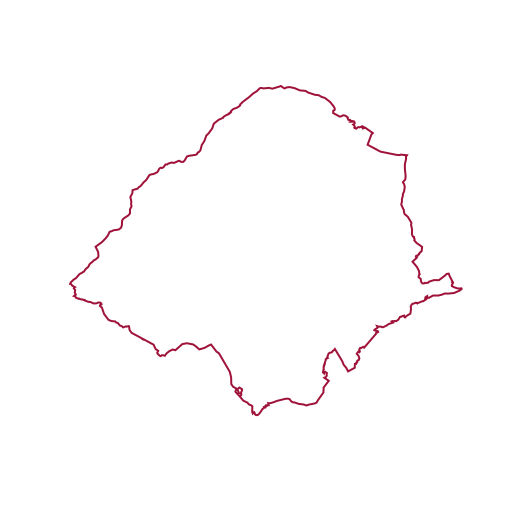 Calvini, Buzau, Romania, rotated 252°
{"feature_id": "2599482B35785956120481", "entity_name": "Calvini", "entity_type": "district", "adm_level": 2, "iso_a3": "ROU", "parent_name": "Romania", "parent_adm1": "Buzau", "projection": "albers", "projection_center": [26.287, 45.248], "detail": "fine", "context": "isolated", "style": "outline", "palette": "rose", "viewbox_px": 512, "rotation_deg": 252, "n_neighbors": 0, "source": "geoboundaries", "source_scale": "gbopen_adm2", "svg_char_len": 6113}
<svg xmlns="http://www.w3.org/2000/svg" viewBox="0 0 512 512"><g transform="rotate(252 256 256)"><path d="M305.2,430.7L307.6,425.2L307.6,423.8L308.7,421.0L316.8,406.6L327.3,396.5L336.1,403.5L336.8,405.1L344.3,399.5L344.3,398.3L345.1,398.5L346.3,397.4L345.2,396.8L346.4,396.4L346.4,394.0L347.0,393.2L346.8,392.1L346.1,390.8L347.3,389.2L347.8,389.2L348.1,389.9L349.4,389.9L351.0,389.0L351.3,390.3L351.8,390.9L353.4,391.0L354.3,388.0L354.7,389.1L355.9,386.9L356.5,387.2L357.0,385.9L358.8,385.7L359.5,386.1L361.8,384.4L362.9,382.5L362.5,380.2L362.7,378.7L368.1,373.6L370.3,374.3L370.6,375.9L370.9,376.1L372.1,376.5L374.3,376.1L379.5,374.1L385.0,370.4L387.2,367.4L389.6,365.3L391.0,362.0L395.5,355.9L397.7,354.2L399.9,349.0L403.7,344.6L406.3,340.1L406.9,336.9L406.5,335.4L406.9,334.5L410.0,332.2L409.9,330.1L410.1,323.2L411.9,320.3L413.1,314.8L414.0,313.5L414.4,312.2L414.2,311.0L412.6,308.0L411.3,303.1L409.3,298.7L406.6,290.9L405.0,287.7L404.1,287.4L403.4,285.7L402.9,283.5L402.8,279.8L401.4,276.7L400.6,276.8L400.0,275.7L399.6,274.5L400.0,274.4L399.8,273.8L399.1,272.8L399.3,271.8L398.4,268.1L397.6,267.4L397.1,262.6L394.9,256.8L390.9,253.8L387.2,248.7L385.9,246.0L381.2,242.3L378.3,238.7L373.7,235.8L372.6,234.0L372.4,232.5L371.1,231.4L370.9,229.5L372.0,223.3L372.0,221.1L368.7,217.4L368.0,215.8L368.8,213.6L370.1,212.7L370.4,211.9L369.9,207.4L370.1,206.1L370.6,205.6L371.0,204.3L371.0,201.2L370.5,199.8L371.0,198.2L369.1,195.6L368.7,193.8L369.4,192.7L369.3,192.0L368.6,190.5L367.1,189.3L366.1,187.6L365.6,183.6L365.9,182.8L366.0,179.8L362.1,174.9L360.9,172.1L358.2,167.9L357.7,165.8L356.7,164.4L356.8,159.0L353.9,157.8L350.9,154.7L346.5,154.3L343.7,153.2L341.7,153.0L339.2,150.5L335.4,149.3L334.1,147.2L332.6,141.7L331.8,140.4L330.8,139.5L326.6,137.9L324.6,136.4L323.6,133.7L324.5,128.3L324.1,126.2L324.4,125.1L324.2,124.2L321.2,121.4L319.0,118.0L316.8,113.7L314.4,106.3L308.7,107.1L305.1,106.3L303.7,105.6L302.3,102.5L302.0,100.5L300.6,97.8L300.4,96.7L299.4,94.9L297.6,93.3L296.1,89.8L294.3,87.5L294.3,86.6L293.8,85.5L293.4,82.7L290.5,77.8L289.9,75.3L288.1,71.6L286.9,70.6L286.3,71.5L284.5,72.1L282.4,74.1L282.3,73.5L281.5,72.7L279.6,73.5L277.1,72.3L275.0,72.7L274.5,72.0L274.6,71.5L274.2,70.6L273.6,71.6L272.2,71.7L270.0,74.2L270.1,74.6L268.4,76.8L268.3,77.7L267.5,78.5L267.2,79.4L266.7,79.3L264.4,82.1L263.3,84.5L261.2,86.6L260.3,89.5L260.5,91.5L260.3,92.4L259.9,93.3L258.7,94.2L257.7,94.1L257.8,92.9L256.8,92.1L254.5,93.5L247.8,93.6L241.1,95.9L239.8,97.1L238.6,98.9L237.3,101.8L235.9,102.5L235.0,103.9L231.9,105.1L230.7,106.7L229.1,107.6L229.3,110.5L228.8,111.1L228.7,113.2L228.4,113.5L224.7,112.9L221.4,113.9L212.4,122.5L212.1,122.3L211.5,122.8L211.1,123.4L211.2,123.7L203.3,131.2L198.5,131.8L196.0,133.7L194.6,132.2L193.6,132.1L190.6,133.8L190.2,134.5L190.7,135.5L190.4,136.9L189.3,138.4L191.1,141.0L192.3,144.2L192.8,147.9L191.3,150.2L195.0,158.7L194.4,163.3L191.3,168.9L189.0,170.7L184.7,173.2L184.5,178.6L185.5,183.6L185.7,185.9L177.2,188.9L175.0,190.7L153.9,195.3L148.1,194.8L141.8,192.9L138.8,193.8L136.2,196.1L135.3,196.1L133.5,194.5L132.9,194.6L130.4,195.8L130.5,197.0L131.4,197.4L135.2,197.1L136.0,199.6L133.5,201.6L132.3,201.0L130.1,199.0L129.5,199.4L128.2,198.9L127.9,198.1L128.3,196.8L122.4,199.2L119.1,202.6L117.0,203.4L115.5,205.3L114.2,206.1L109.0,204.2L107.2,204.3L108.2,205.9L107.9,206.1L105.7,206.2L104.7,206.8L104.2,208.5L105.4,211.0L108.5,214.9L108.8,216.1L109.8,216.7L109.0,218.0L109.3,218.4L110.2,218.4L110.1,219.2L110.9,219.5L110.7,220.1L110.3,219.6L110.0,219.9L110.4,221.0L110.2,222.0L112.3,222.1L111.8,223.1L111.5,226.0L111.7,231.5L111.1,239.7L110.5,242.2L109.5,243.7L107.1,244.5L105.6,245.6L104.7,247.6L102.3,250.7L100.0,255.5L98.3,257.7L98.3,260.6L97.6,266.3L97.8,268.2L100.0,270.7L105.3,277.9L110.0,279.7L114.8,286.6L119.1,283.4L119.3,284.8L120.2,286.3L121.9,286.6L122.7,287.3L124.7,285.8L124.8,285.0L123.4,284.4L124.6,283.7L126.9,285.0L127.3,285.5L128.7,285.6L131.3,287.5L131.3,287.1L135.1,289.9L136.4,290.5L136.8,292.7L137.5,292.3L140.8,294.9L141.2,296.4L140.9,297.4L141.3,299.0L142.1,299.8L142.3,301.1L143.2,302.3L129.4,305.5L125.4,305.8L121.7,307.3L117.8,307.9L119.2,315.4L122.8,316.7L122.5,317.9L123.7,318.5L123.8,319.0L123.4,319.0L123.6,319.4L124.8,319.7L125.3,320.5L125.2,321.4L126.5,322.6L129.2,322.7L131.9,321.6L133.5,323.8L133.3,324.3L132.6,324.6L132.9,325.2L135.2,325.3L136.4,326.7L136.0,327.2L136.5,329.8L135.4,330.5L144.8,345.9L145.6,346.3L146.0,348.7L147.1,348.5L147.4,347.3L148.9,345.6L149.3,346.0L150.1,349.2L150.7,349.7L151.9,349.5L150.7,351.1L150.3,353.0L149.3,354.0L149.0,354.9L149.5,358.7L150.3,361.1L150.3,366.0L150.8,366.0L151.9,365.1L151.9,366.0L151.2,366.6L151.4,367.6L150.7,369.1L151.5,371.8L153.4,373.9L153.6,374.8L153.3,375.6L153.6,376.2L153.6,378.4L152.1,378.3L151.5,378.7L152.5,380.8L153.5,385.0L157.5,387.0L160.1,387.5L161.7,389.1L162.2,390.1L162.0,391.4L162.2,393.4L161.2,394.6L161.6,394.8L161.2,395.6L161.6,400.2L161.3,400.9L162.2,404.4L163.2,405.0L163.5,404.4L163.1,403.7L164.0,404.1L164.5,404.6L164.9,406.2L163.0,405.3L162.8,405.6L163.3,406.9L162.8,407.6L163.7,412.1L162.1,417.0L161.8,420.5L162.0,424.0L160.9,427.0L159.6,432.9L160.2,439.0L161.1,441.4L161.8,441.3L162.4,438.8L163.0,437.5L165.1,434.7L166.9,433.0L167.8,433.2L169.1,434.7L169.9,434.5L169.7,435.0L169.9,435.2L176.5,434.0L179.7,433.8L180.0,431.7L178.9,429.5L176.5,422.5L178.1,417.6L178.1,412.7L177.4,411.4L177.8,409.3L178.3,408.4L178.0,407.9L178.2,406.6L178.5,405.9L179.4,405.3L181.3,405.1L183.3,405.6L185.6,404.1L187.5,405.0L188.1,406.1L189.3,405.9L191.1,406.4L195.8,405.7L202.2,403.1L204.7,408.4L205.9,407.8L206.6,408.3L206.7,408.9L206.3,409.8L206.7,410.1L207.2,411.5L207.8,411.6L207.8,412.2L208.6,412.8L209.4,415.0L213.3,416.8L219.0,412.6L222.0,411.4L223.1,412.1L224.3,411.8L225.2,412.2L226.1,411.2L228.5,411.0L232.9,412.6L237.7,413.1L239.1,413.9L239.9,414.0L246.4,412.5L250.0,410.3L252.2,410.3L253.7,410.8L259.9,410.0L262.9,411.7L264.9,412.3L267.9,414.3L269.5,414.8L271.5,416.7L275.6,418.8L278.5,419.1L280.5,418.5L281.0,418.8L282.2,421.0L283.2,421.9L285.7,423.0L292.8,424.5L297.2,425.9L302.1,428.8L304.0,429.2L305.2,430.7Z" fill="none" stroke="#9f1239" stroke-width="2"/></g></svg>